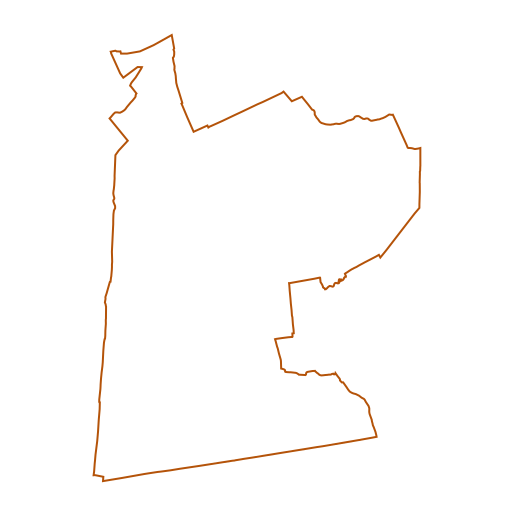 outline of Ganeasa, Olt, Romania, rotated 269°
{"feature_id": "2599482B6587162691160", "entity_name": "Ganeasa", "entity_type": "district", "adm_level": 2, "iso_a3": "ROU", "parent_name": "Romania", "parent_adm1": "Olt", "projection": "mercator", "projection_center": [24.248, 44.418], "detail": "fine", "context": "isolated", "style": "outline", "palette": "amber", "viewbox_px": 512, "rotation_deg": 269, "n_neighbors": 0, "source": "geoboundaries", "source_scale": "gbopen_adm2", "svg_char_len": 5963}
<svg xmlns="http://www.w3.org/2000/svg" viewBox="0 0 512 512"><g transform="rotate(269 256 256)"><path d="M394.9,395.3L394.7,394.5L395.1,392.0L395.1,391.6L392.8,387.8L391.6,385.1L391.2,383.6L390.8,382.6L390.5,381.7L390.4,380.9L390.4,380.1L390.1,379.1L389.9,377.9L389.6,376.3L389.2,374.2L389.3,373.2L390.4,371.4L391.0,371.0L391.3,370.5L391.5,369.9L391.6,369.2L391.6,368.7L391.5,368.1L391.2,367.4L391.1,366.8L391.2,366.1L391.3,365.5L391.5,365.0L391.9,364.5L392.5,363.5L393.7,361.8L394.0,361.1L394.1,360.6L394.1,359.2L393.7,357.8L393.1,357.0L392.3,356.6L391.8,356.2L391.2,355.5L390.5,353.7L390.2,352.8L390.1,351.7L389.4,349.4L388.7,348.2L388.1,347.1L387.6,345.7L386.9,343.2L386.6,342.1L386.6,341.0L386.6,340.3L386.8,339.5L386.9,338.5L386.8,337.5L386.3,335.5L386.2,334.0L386.0,333.3L386.0,332.3L386.2,330.1L386.4,328.5L386.6,327.6L387.7,324.3L387.8,323.8L388.2,323.3L388.8,322.5L389.3,322.0L391.5,320.5L393.4,318.9L393.9,318.6L395.4,317.8L395.8,317.5L396.5,317.2L398.4,317.2L399.0,317.1L399.5,317.0L400.1,316.7L400.7,316.2L401.1,315.4L401.4,314.6L406.8,310.6L411.9,306.6L414.4,304.7L410.1,294.5L419.9,286.4L418.5,284.5L409.8,265.3L407.7,260.2L400.5,244.4L397.3,237.2L391.7,224.9L386.6,213.0L386.3,212.1L385.3,210.6L387.3,209.7L381.3,195.8L396.1,189.6L407.4,185.1L409.7,184.1L410.3,185.0L422.5,181.5L426.7,180.2L430.5,179.3L432.2,179.2L434.9,179.0L437.3,178.9L440.1,178.5L443.1,177.7L444.2,177.6L444.9,177.8L446.3,177.8L447.2,177.9L451.7,176.9L453.9,176.6L455.1,176.4L455.7,176.4L456.7,177.3L457.6,177.5L458.8,177.7L461.4,177.8L462.1,177.7L463.8,177.1L464.9,177.8L478.4,175.6L468.6,157.3L462.6,143.5L460.6,130.5L460.7,124.6L462.9,124.0L462.8,123.7L462.9,122.7L463.0,120.7L463.0,120.3L463.7,119.0L463.1,115.7L462.9,115.0L462.8,114.4L462.6,114.5L461.7,114.6L461.1,114.7L440.9,123.4L436.6,126.4L447.0,140.9L446.8,145.2L445.5,144.6L441.8,142.2L436.6,138.8L432.2,135.1L430.8,134.1L428.5,133.1L427.2,134.3L420.6,139.3L420.2,138.9L418.5,138.4L417.7,138.4L417.2,138.2L416.2,137.5L413.5,135.2L411.7,133.4L407.3,129.6L405.0,127.9L404.0,126.8L402.7,124.8L401.9,123.1L401.7,122.7L401.7,121.6L402.0,119.9L402.0,118.1L401.9,117.6L400.6,116.1L397.3,113.2L396.1,112.0L373.5,129.8L363.9,120.6L359.3,117.2L338.7,116.0L336.0,116.0L330.9,115.6L329.3,115.5L325.2,115.0L323.8,114.7L321.3,114.4L319.5,114.6L316.6,115.3L315.8,115.3L315.5,115.2L314.3,114.4L313.8,114.3L312.8,114.4L311.8,114.7L308.4,116.0L306.9,116.0L306.3,116.0L303.8,114.7L302.9,114.6L302.4,114.5L300.3,114.2L294.5,113.9L290.3,113.8L262.9,112.0L252.7,112.1L249.7,111.8L247.7,111.8L244.5,111.6L238.8,111.0L237.9,110.9L237.2,110.7L232.9,110.1L232.9,109.7L232.6,109.4L221.3,106.0L218.2,104.9L217.4,104.7L216.3,104.8L215.2,104.7L212.2,104.1L210.6,104.7L209.7,104.9L208.7,105.0L208.1,105.2L196.2,104.9L194.6,104.7L190.8,104.7L184.0,104.1L178.7,103.9L175.9,103.6L175.6,103.2L172.2,102.5L164.0,101.7L152.1,100.9L148.4,100.5L142.2,99.6L136.1,98.9L130.4,98.4L128.5,98.3L125.7,98.1L115.4,96.8L113.0,96.7L112.5,96.8L112.4,97.3L105.5,97.0L94.7,95.9L83.2,95.0L73.6,94.0L60.4,92.1L54.6,91.5L51.3,91.1L43.5,90.4L39.6,89.8L39.6,90.0L39.8,90.4L39.5,92.2L37.9,99.5L33.6,99.1L36.4,118.1L40.0,140.7L40.6,145.0L41.8,153.9L42.1,157.2L43.2,166.7L44.6,176.2L47.1,195.5L51.7,228.7L51.9,231.2L52.1,231.7L53.0,237.9L53.3,239.7L54.5,248.7L58.9,279.0L62.3,302.7L63.9,313.7L64.2,316.1L64.6,319.2L70.1,355.1L70.3,356.8L70.5,357.7L72.3,368.8L73.1,373.4L74.5,373.2L78.0,372.4L82.9,370.7L84.7,369.9L86.5,369.6L88.4,369.1L89.5,368.9L90.1,368.9L94.4,367.4L96.2,366.8L98.1,366.5L100.7,366.6L101.8,366.6L103.5,366.1L104.1,365.9L108.3,363.2L110.5,362.1L111.3,361.3L112.5,359.1L114.6,356.5L115.2,355.3L116.0,353.8L116.4,352.7L116.8,351.2L117.3,349.9L118.3,348.1L118.9,347.3L119.4,346.9L120.8,345.8L123.2,344.3L127.6,341.3L128.2,340.8L128.1,339.6L130.1,337.8L131.0,337.8L131.8,337.5L134.4,335.5L137.5,333.4L136.4,333.1L136.4,332.9L136.3,332.3L136.3,332.0L136.4,331.7L136.9,331.4L137.0,331.2L136.8,330.4L136.8,330.2L136.7,329.8L136.1,328.7L136.1,326.6L135.9,325.3L135.8,323.3L135.5,320.4L135.5,319.1L135.7,318.3L136.1,317.3L136.6,316.8L137.2,316.2L138.3,314.7L139.3,313.7L139.9,312.8L140.1,312.8L140.0,310.4L139.3,305.9L139.0,304.9L138.6,304.4L137.9,304.1L136.7,303.9L136.1,303.4L136.6,296.8L136.9,296.6L138.2,294.6L138.5,293.6L139.1,289.0L139.2,287.0L139.4,284.6L139.6,283.5L139.7,283.3L139.9,283.1L141.0,283.1L141.4,282.9L141.7,282.7L142.1,282.1L142.7,280.4L143.0,279.2L150.4,279.1L151.5,279.0L152.4,278.8L158.3,277.2L163.3,276.1L165.0,275.5L170.4,274.2L172.5,273.6L172.8,275.0L173.5,280.6L174.2,286.9L174.4,290.2L174.4,290.8L174.7,291.1L177.9,291.0L178.1,292.4L181.3,292.3L187.0,291.7L194.2,291.3L195.8,290.9L201.4,290.6L207.9,290.0L212.9,289.7L220.6,289.1L226.2,288.8L228.3,288.6L228.3,289.3L232.2,313.6L233.2,318.9L233.3,319.6L233.2,319.7L228.8,320.1L226.4,321.5L224.3,322.4L223.5,322.5L223.1,322.9L222.8,323.3L222.6,323.9L222.3,324.2L221.5,324.4L221.5,325.1L222.5,326.4L223.5,327.3L224.3,328.4L224.7,329.0L224.7,329.3L224.6,330.2L224.0,332.0L224.1,332.5L224.4,332.9L224.7,333.2L226.6,333.8L227.3,334.3L227.6,334.7L227.7,335.1L227.7,335.6L227.2,337.3L227.2,337.6L227.3,337.7L229.0,338.2L230.8,338.5L231.1,338.7L231.3,338.9L231.3,339.1L231.3,339.3L231.2,339.6L229.1,338.9L228.8,338.9L228.6,339.0L230.1,339.7L230.9,340.1L231.0,340.2L231.0,340.5L229.4,339.9L230.0,341.5L230.5,342.5L231.2,343.1L232.3,343.7L232.7,344.0L232.9,343.9L233.7,344.8L234.1,345.4L234.0,345.5L234.3,345.6L234.6,345.4L236.7,344.6L237.1,345.1L238.2,347.0L239.4,348.8L241.0,351.4L241.5,352.5L242.2,353.8L243.3,356.3L244.8,358.9L246.8,362.8L247.8,364.7L251.1,371.4L253.3,375.8L255.0,378.9L252.3,380.3L259.3,386.2L295.8,415.4L301.2,420.2L305.3,420.3L317.1,420.9L325.9,421.0L326.4,420.9L334.9,421.3L337.6,421.3L338.2,421.6L342.4,421.8L343.2,421.9L361.1,422.2L360.8,421.1L360.5,419.4L360.2,417.2L360.2,416.5L360.9,414.3L361.2,412.8L361.3,411.4L361.3,410.5L361.3,410.1L361.8,409.5L364.4,408.5L377.6,402.8L381.5,401.2L392.0,396.6L394.9,395.3Z" fill="none" stroke="#b45309" stroke-width="2"/></g></svg>